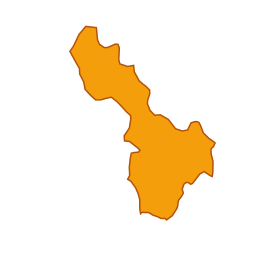 the border of Gostivar, rotated 38°
{"feature_id": "MKD-2962", "entity_name": "Gostivar", "entity_type": "Statistical Region", "adm_level": 1, "iso_a3": "MKD", "parent_name": "North Macedonia", "parent_adm1": "", "projection": "albers", "projection_center": [20.862, 41.749], "detail": "fine", "context": "isolated", "style": "filled", "palette": "amber", "viewbox_px": 256, "rotation_deg": 38, "n_neighbors": 0, "source": "natural_earth", "source_scale": "10m", "svg_char_len": 1442}
<svg xmlns="http://www.w3.org/2000/svg" viewBox="0 0 256 256"><g transform="rotate(38 128 128)"><path d="M35.1,103.4L34.6,96.6L31.8,84.5L31.9,81.9L32.2,73.9L41.3,68.4L49.6,77.2L53.9,79.6L59.7,79.3L62.4,77.1L66.3,69.8L68.6,68.2L71.9,70.3L78.7,79.9L82.1,82.5L89.8,79.8L93.9,75.2L98.4,79.9L105.9,83.1L107.4,83.9L112.0,84.2L116.9,84.2L121.7,84.8L124.1,87.7L126.3,93.8L128.4,97.0L134.6,100.6L141.1,101.5L145.4,97.7L154.5,96.4L165.9,99.3L172.6,97.0L176.2,92.8L175.5,89.6L174.5,85.2L176.2,82.6L177.6,81.0L180.1,79.9L182.9,81.0L190.5,85.5L198.2,86.4L203.7,86.1L205.8,86.1L206.8,89.9L206.3,93.4L209.2,97.0L215.6,102.1L219.5,107.2L222.6,111.4L224.2,114.4L222.2,114.9L214.8,115.5L212.9,120.0L213.0,127.1L213.0,131.9L212.0,133.8L209.1,133.8L207.2,135.4L206.7,138.0L208.4,142.8L211.8,145.4L212.3,149.5L212.3,153.4L213.2,155.9L214.9,158.2L216.1,161.4L216.9,169.7L215.0,176.7L212.8,176.5L209.7,179.0L205.9,179.7L201.3,181.3L196.3,181.9L192.9,184.5L191.0,185.8L190.7,187.8L187.4,184.8L184.8,181.6L181.4,177.2L176.1,173.3L170.7,170.4L163.2,168.2L159.3,168.6L158.5,164.3L153.3,158.3L148.7,150.9L146.1,145.8L148.0,143.5L151.1,140.6L151.1,138.1L147.5,137.7L141.8,137.7L137.5,137.7L133.2,140.3L129.8,136.5L129.1,127.2L124.6,119.1L122.4,116.6L116.9,116.2L110.0,115.0L103.3,114.0L95.9,114.0L92.5,118.1L89.2,122.6L85.1,125.8L77.7,125.2L70.3,123.9L64.8,119.0L56.7,115.2L53.0,110.9L45.7,108.0L35.1,103.4Z" fill="#f59e0b" stroke="#b45309" stroke-width="1.5"/></g></svg>